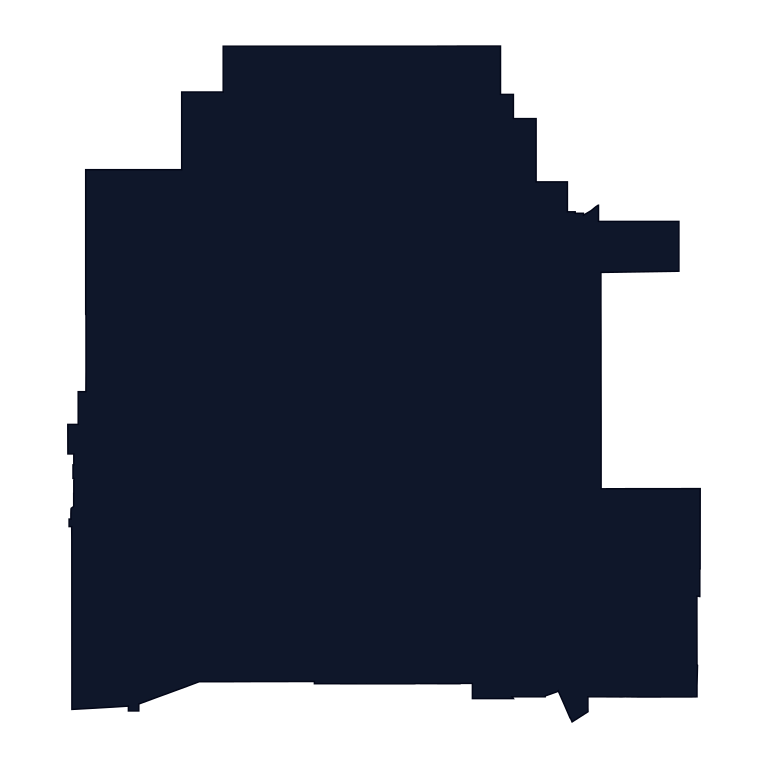 Mingenew, Western Australia, Australia (Robinson projection)
{"feature_id": "25037944B46578815208654", "entity_name": "Mingenew", "entity_type": "district", "adm_level": 2, "iso_a3": "AUS", "parent_name": "Australia", "parent_adm1": "Western Australia", "projection": "robinson", "projection_center": [115.511, -29.145], "detail": "fine", "context": "isolated", "style": "filled", "palette": "ink", "viewbox_px": 768, "rotation_deg": 0, "n_neighbors": 0, "source": "geoboundaries", "source_scale": "gbopen_adm2", "svg_char_len": 2308}
<svg xmlns="http://www.w3.org/2000/svg" viewBox="0 0 768 768"><path d="M85.7,184.8L85.7,297.1L85.7,302.8L85.7,314.4L85.8,314.8L86.0,315.2L86.0,371.3L85.9,391.7L78.2,391.7L78.2,418.4L78.2,423.9L78.2,424.4L67.8,424.4L67.9,453.9L73.7,453.9L73.8,453.9L73.8,464.9L73.0,464.9L73.0,478.4L74.0,478.4L74.0,479.4L74.0,479.7L73.9,480.0L73.8,480.3L73.8,489.2L73.8,489.5L73.8,493.4L73.7,493.4L73.7,506.4L73.7,506.5L71.2,508.3L71.0,509.3L70.9,513.6L70.9,519.1L69.1,519.1L69.1,526.6L71.7,526.6L71.8,540.1L71.9,679.6L71.9,709.4L97.0,708.0L115.9,706.9L128.4,706.1L128.4,710.9L138.8,710.9L138.8,704.0L156.9,697.3L169.0,692.9L187.2,686.2L199.2,681.7L217.7,681.7L230.0,681.7L254.5,681.6L279.1,681.6L297.5,681.5L309.8,681.5L314.4,681.5L314.4,683.7L366.1,683.8L366.5,683.7L366.8,683.8L390.9,683.8L413.8,683.8L415.4,683.7L416.0,683.6L441.3,683.7L460.2,683.7L460.5,683.6L460.7,683.4L472.2,683.4L472.4,683.4L472.4,698.6L493.3,698.6L513.4,698.6L512.1,696.8L512.5,696.8L545.2,696.8L545.3,695.9L557.2,691.7L558.2,690.8L564.0,703.9L570.1,718.0L570.4,718.0L572.1,721.9L588.0,711.7L587.9,707.8L587.9,697.1L587.9,696.8L588.2,696.8L595.1,696.8L603.3,696.8L622.2,696.9L625.1,696.8L632.2,696.9L641.2,697.0L647.2,697.0L658.1,697.0L664.3,696.9L673.5,696.9L691.7,696.9L697.0,696.8L697.0,685.5L697.5,665.2L697.0,664.6L696.9,611.3L696.9,610.5L696.9,596.2L699.5,596.2L699.5,596.5L699.8,596.5L699.8,595.9L699.8,568.9L700.1,568.9L700.1,549.1L700.1,548.9L700.2,488.6L661.1,488.7L630.0,488.7L601.1,488.8L601.1,483.3L601.1,459.0L601.1,449.4L601.1,421.7L601.0,368.8L601.0,344.9L601.0,339.5L600.9,304.0L600.9,272.4L608.3,272.3L674.5,271.3L674.8,271.3L678.9,271.2L678.9,239.6L678.9,221.4L643.9,221.4L638.1,221.4L598.5,221.4L598.5,205.2L598.2,205.2L595.8,206.8L590.9,210.8L584.3,214.7L583.5,215.2L583.4,213.3L575.2,213.3L575.2,211.8L567.4,211.8L567.4,181.9L549.8,181.9L536.1,181.9L536.1,118.6L524.7,118.6L513.4,118.6L513.4,94.4L500.5,94.4L500.5,46.1L491.7,46.1L461.2,46.1L432.4,46.2L403.1,46.2L390.1,46.2L358.8,46.2L356.2,46.2L350.9,46.2L345.7,46.2L333.7,46.2L322.1,46.2L310.6,46.2L309.9,46.2L295.6,46.2L289.5,46.2L256.3,46.2L245.3,46.2L223.2,46.2L223.2,92.0L201.3,92.0L181.7,92.0L181.7,134.0L181.7,169.7L180.4,169.7L165.7,169.7L148.4,169.7L136.0,169.7L117.4,169.7L98.9,169.7L85.7,169.7L85.7,184.8Z" fill="#0f172a" stroke="#020617" stroke-width="1.5"/></svg>